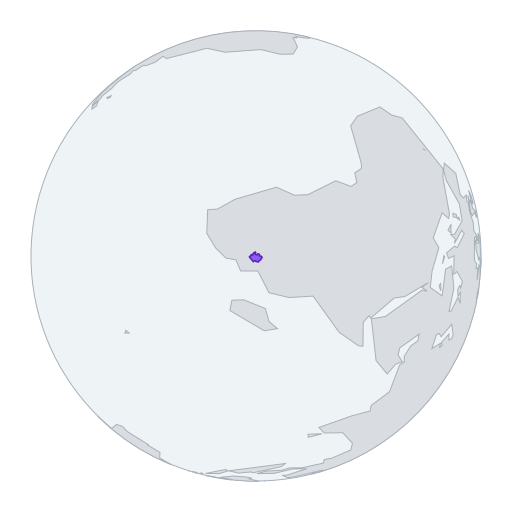 globe centered on Masvingo, rotated 97°
{"feature_id": "ZWE-532", "entity_name": "Masvingo", "entity_type": "Province", "adm_level": 1, "iso_a3": "ZWE", "parent_name": "Zimbabwe", "parent_adm1": "", "projection": "orthographic", "projection_center": [30.801, -20.777], "detail": "fine", "context": "on_globe", "style": "filled", "palette": "violet", "viewbox_px": 512, "rotation_deg": 97, "n_neighbors": 0, "source": "natural_earth", "source_scale": "10m", "svg_char_len": 6696}
<svg xmlns="http://www.w3.org/2000/svg" viewBox="0 0 512 512"><g transform="rotate(97 256 256)"><circle cx="256" cy="256" r="225" fill="#eef3f6" stroke="#a8b0b8"/><path d="M32.1,231.2L33.4,229.6L33.7,236.8L33.2,243.4L34.6,242.2L34.6,245.8L43.5,240.3L51.1,243.8L52.8,256.7L50.5,276.3L57.5,311.5L55.8,330.1L61.5,344.5L70.9,368.8L69.1,372.6L76.0,379.8L80.2,387.8L80.8,391.5L86.4,398.0L87.1,400.6L90.5,402.8L99.8,414.2L106.7,419.2L115.6,427.8L120.1,430.4L120.4,431.3L122.9,433.7L125.9,435.7L123.3,435.8L113.3,429.1L107.4,423.9L107.7,424.7L94.2,411.8L97.5,415.5L82.1,399.0L70.2,383.2L61.9,370.3L54.2,356.1L47.6,341.5L42.0,326.4L37.5,311.0L34.2,295.3L31.9,279.3L30.8,263.3L30.9,247.2L32.1,231.2ZM130.3,436.8L124.8,436.7L126.7,436.2L121.1,431.4L126.5,432.6L130.3,436.8ZM116.9,423.4L114.5,419.4L116.0,419.7L117.9,422.6L116.9,423.4ZM263.5,30.8L271.4,31.3L268.1,31.4L259.7,31.0L266.7,31.9L266.5,31.5L270.8,31.9L273.6,31.6L276.8,31.9L274.0,31.4L278.2,31.8L279.9,32.1L284.6,32.5L301.0,35.3L317.2,39.2L333.1,44.3L348.5,50.6L363.4,58.0L377.8,66.5L391.5,76.0L404.4,86.5L416.5,97.9L427.8,110.2L438.1,123.3L447.4,137.1L455.6,151.6L462.8,166.6L462.6,166.2L463.8,169.3L460.5,162.3L460.9,165.5L470.8,191.6L472.1,197.7L470.5,203.2L469.6,198.4L461.0,179.7L462.8,193.2L469.5,211.4L471.9,228.5L468.2,219.3L465.4,204.2L462.3,197.2L460.7,184.8L453.4,164.0L449.6,163.4L447.5,156.3L437.0,138.3L430.1,137.4L420.8,148.4L423.4,166.6L418.5,172.6L403.0,141.5L395.9,123.8L390.4,123.5L374.4,106.9L346.8,100.2L342.9,95.8L337.7,96.7L326.5,91.5L320.4,85.0L313.6,84.6L329.7,102.1L337.0,102.9L343.1,97.8L346.2,104.1L357.1,111.4L345.1,124.1L304.3,133.8L300.3,120.3L269.3,86.6L270.2,83.3L270.1,82.9L269.7,82.2L266.9,87.6L261.5,81.9L278.1,103.4L280.8,113.6L303.7,134.6L301.5,136.6L308.9,141.5L332.5,138.8L332.6,143.4L321.5,164.3L288.8,194.4L293.2,218.0L290.9,238.6L270.7,252.3L272.7,269.4L262.3,275.5L261.7,285.5L253.5,296.5L239.6,307.6L215.9,309.6L214.2,300.2L202.1,283.4L185.2,244.1L191.0,225.3L188.8,212.0L171.6,186.0L175.4,170.2L170.8,164.8L161.4,168.1L156.2,161.9L150.5,163.0L115.3,177.9L104.9,172.4L93.0,151.2L99.5,138.7L101.2,127.7L146.7,80.9L155.8,79.9L191.0,69.0L195.3,69.4L190.5,76.6L216.5,82.3L225.5,75.5L249.6,79.4L266.0,79.2L272.9,66.4L246.0,66.2L242.0,60.6L263.9,55.7L287.5,57.6L286.6,55.5L272.2,50.5L278.1,47.6L267.3,48.7L271.3,50.6L264.7,51.7L260.6,50.1L262.8,48.9L255.9,48.1L246.9,54.7L250.1,57.4L231.6,59.5L235.0,64.5L229.8,67.3L222.0,60.1L223.2,57.3L208.3,52.0L205.4,54.9L219.3,60.5L214.7,60.3L210.9,65.4L210.2,61.5L195.9,55.7L179.5,60.5L157.7,76.4L148.3,80.1L140.9,80.4L149.7,67.7L169.7,61.0L173.1,57.4L169.9,54.8L176.2,53.3L177.3,51.8L185.0,49.7L196.5,44.5L204.4,42.8L209.7,39.0L214.4,37.9L209.9,40.2L211.0,41.4L230.7,39.1L234.7,38.1L236.6,36.0L241.7,36.1L241.0,34.5L252.7,33.6L237.9,33.7L239.6,32.4L247.1,31.4L245.0,31.3L232.9,33.1L230.4,33.9L232.6,34.5L223.6,38.1L216.7,39.5L216.0,36.5L206.1,38.5L209.9,36.3L235.1,31.7L263.5,30.8ZM130.5,100.4L129.2,103.6L130.5,100.4ZM312.3,67.4L326.5,70.1L320.1,62.2L325.0,62.8L321.1,60.1L319.6,61.6L309.9,55.0L316.0,54.3L314.3,51.7L309.5,50.8L299.9,53.4L313.6,62.4L310.4,64.8L312.3,67.4ZM176.0,47.4L178.4,47.1L175.0,49.1L165.0,53.0L169.8,50.0L176.0,47.4ZM182.4,46.6L184.5,43.6L190.8,41.6L186.9,43.1L190.8,42.1L185.7,44.3L189.6,46.1L186.9,48.1L170.0,53.2L177.0,50.1L174.3,50.3L182.4,46.6ZM200.6,66.2L203.9,66.0L209.4,65.1L207.1,68.6L200.6,66.2ZM190.5,62.2L193.6,61.3L193.0,65.2L189.5,65.7L190.5,62.2ZM195.9,57.9L193.9,61.0L192.8,59.6L195.9,57.9ZM212.9,39.6L216.3,38.9L216.4,39.3L214.3,40.3L212.9,39.6ZM268.0,68.4L263.1,70.7L260.7,69.5L262.9,68.9L268.0,68.4ZM233.4,68.7L241.1,69.9L232.7,69.6L233.4,68.7ZM347.9,372.5L348.6,376.8L345.5,376.1L347.9,372.5ZM329.2,238.7L313.3,275.3L302.8,274.5L301.0,262.8L307.0,240.3L319.4,235.1L325.5,225.8L329.2,238.7ZM478.0,288.5L477.9,292.4L477.7,293.3L478.0,288.5ZM478.4,281.9L478.6,285.6L477.9,283.5L478.4,281.9ZM478.6,287.1L478.8,288.7L478.6,290.4L478.6,287.1ZM478.0,279.6L473.9,267.3L471.6,260.0L472.7,257.4L476.4,265.9L478.0,279.6ZM472.5,256.9L468.2,239.8L458.4,201.6L462.0,205.2L471.5,232.3L471.0,234.8L473.6,247.0L472.5,256.9ZM480.3,234.8L480.5,239.3L481.1,250.2L480.6,255.6L480.0,264.3L478.3,256.7L477.2,252.1L476.5,238.1L476.9,233.2L478.0,235.8L479.2,225.5L479.9,231.4L480.3,234.8ZM424.4,168.8L429.6,182.1L426.5,182.5L424.4,168.8ZM478.3,219.8L478.4,220.3L478.3,219.4L478.3,219.8ZM465.9,174.8L464.8,173.2L463.8,170.2L464.4,170.6L465.9,174.8ZM434.5,393.5L434.3,393.7L440.5,385.2L444.9,378.5L440.2,373.8L441.4,367.7L445.9,362.4L456.6,339.4L456.6,341.1L462.6,327.4L468.1,327.0L473.6,314.4L473.2,315.8L467.9,332.4L461.4,348.6L453.6,364.3L444.6,379.2L434.5,393.5ZM477.6,296.7L477.5,297.1L477.7,295.9L477.6,296.7ZM481.1,264.0L481.1,264.3L480.2,278.3L480.1,279.2L481.0,265.9L480.2,275.8L480.2,273.8L480.9,263.5L481.2,254.1L481.3,252.4L481.3,254.5L481.3,254.3L481.2,261.4L481.1,264.0Z" fill="#d9dde1" stroke="#a8b0b8" stroke-width="1"/><path d="M257.5,262.2L257.4,262.2L257.2,262.1L256.9,262.0L256.9,261.9L256.8,261.7L256.7,261.6L256.5,261.4L256.4,261.3L256.4,261.2L256.2,261.1L256.1,260.9L255.9,260.9L256.0,260.8L256.0,260.7L255.9,260.6L255.7,260.3L255.6,260.2L255.5,259.9L255.4,259.9L255.2,259.8L255.1,259.7L254.9,259.6L255.0,259.5L254.9,259.5L254.7,259.4L254.4,259.2L254.4,259.3L254.3,259.2L254.0,259.2L253.9,259.1L253.7,259.0L253.7,258.9L253.4,258.8L253.4,258.7L253.2,258.6L253.1,258.4L252.9,258.3L252.9,258.2L252.7,258.0L252.7,257.9L252.6,257.7L252.4,257.5L252.3,257.4L252.1,257.2L252.3,257.0L252.8,256.6L253.0,256.6L253.3,256.7L253.3,256.8L253.5,256.9L253.6,257.0L253.8,257.0L254.0,257.0L254.3,257.0L254.6,256.7L254.7,256.3L254.7,256.2L254.8,256.1L254.8,255.9L254.8,255.7L254.7,255.5L254.7,255.4L254.7,255.2L254.6,254.9L254.4,254.7L254.2,254.5L254.2,254.4L253.9,254.2L253.9,253.9L253.8,253.7L253.7,253.7L253.6,253.8L253.6,253.7L253.7,253.4L253.7,253.2L254.0,253.0L254.6,252.9L254.6,252.7L254.8,252.6L254.7,252.6L254.7,252.4L254.8,252.3L255.1,252.3L255.3,252.4L255.5,252.4L255.6,252.2L255.6,251.9L255.7,251.5L255.7,251.4L255.7,251.1L255.7,250.8L255.8,250.8L255.8,250.7L255.7,250.6L256.2,250.1L256.4,249.9L256.5,249.7L256.8,249.6L256.7,249.7L256.7,249.8L256.7,250.0L256.9,250.0L257.5,250.0L258.1,250.4L258.3,250.5L258.5,250.6L258.8,250.8L259.0,250.9L259.3,251.0L259.5,251.2L259.5,251.3L259.8,251.5L260.0,251.8L260.1,252.0L260.3,252.2L260.4,252.3L260.5,252.4L260.6,252.5L260.8,252.6L261.0,252.6L261.4,252.9L261.6,252.9L261.6,253.0L261.7,253.5L261.5,254.6L261.4,255.1L261.4,255.3L261.3,255.6L261.2,255.7L261.2,255.8L261.1,256.1L261.0,256.4L261.0,256.5L260.9,256.5L261.0,256.9L261.0,257.0L261.3,257.3L261.5,257.7L261.5,257.8L261.9,258.0L258.3,262.0L257.8,262.4L257.7,262.2L257.5,262.2Z" fill="#8b5cf6" stroke="#5b21b6" stroke-width="1.5"/></g></svg>